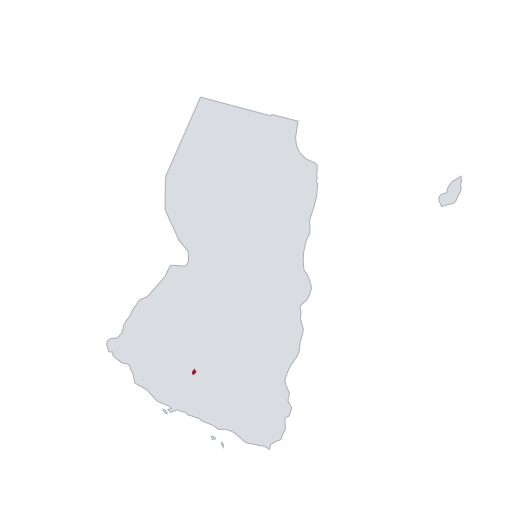 As Sab'in, Amanat Al Asimah, Yemen (highlighted), rotated 304°
{"feature_id": "15242507B25672196618476", "entity_name": "As Sab'in", "entity_type": "district", "adm_level": 2, "iso_a3": "YEM", "parent_name": "Yemen", "parent_adm1": "Amanat Al Asimah", "projection": "equal_earth", "projection_center": [44.204, 15.306], "detail": "fine", "context": "in_parent", "style": "filled", "palette": "rose", "viewbox_px": 512, "rotation_deg": 304, "n_neighbors": 0, "source": "geoboundaries", "source_scale": "gbopen_adm2", "svg_char_len": 3604}
<svg xmlns="http://www.w3.org/2000/svg" viewBox="0 0 512 512"><g transform="rotate(304 256 256)"><path d="M391.3,215.4L376.3,222.6L372.4,225.8L368.8,229.7L366.1,234.7L364.4,243.3L365.9,251.3L365.8,255.5L362.0,258.3L358.3,260.3L354.3,263.4L351.9,264.2L349.9,266.7L347.6,268.4L339.1,272.9L329.9,276.3L315.3,280.5L309.7,285.0L304.5,288.0L296.7,289.0L286.0,293.3L280.0,296.7L272.6,302.3L271.0,304.0L269.7,308.1L267.4,311.7L263.0,317.5L259.6,320.5L257.4,320.7L253.0,322.3L247.9,322.6L239.2,320.6L237.0,322.0L235.1,324.3L228.5,328.3L221.7,336.3L216.7,338.4L208.7,340.9L203.1,344.2L199.3,345.6L194.4,346.3L185.4,345.9L176.8,347.1L168.9,349.4L165.2,353.7L161.0,360.4L154.0,363.2L152.4,365.7L150.2,370.6L145.7,371.9L141.7,372.8L137.5,370.6L129.7,376.6L126.7,377.6L122.2,377.9L119.0,379.1L116.7,378.8L113.9,376.4L107.8,373.5L103.3,375.4L103.0,369.7L95.6,352.3L97.2,337.2L97.2,335.0L95.7,328.3L91.4,322.1L91.5,314.3L90.1,308.7L88.9,302.9L89.3,301.4L89.4,300.0L87.2,291.2L86.4,289.4L86.1,287.6L86.9,286.1L86.9,284.5L85.7,281.8L84.4,276.6L78.5,272.6L79.7,268.8L80.9,270.1L82.4,271.3L82.8,268.8L82.8,267.0L80.3,255.5L84.0,240.3L82.9,226.6L88.5,221.0L89.9,219.4L90.7,217.9L92.1,214.8L93.9,213.8L94.5,210.5L94.5,208.8L93.3,207.4L92.4,203.6L92.7,198.8L93.0,196.7L93.6,193.0L95.6,191.6L96.1,190.5L94.5,188.2L94.7,186.8L98.0,182.9L99.3,181.7L101.5,180.5L103.2,180.5L105.1,181.2L106.9,182.3L108.5,184.3L110.3,186.6L113.0,187.4L114.9,187.2L116.4,188.2L117.7,187.7L119.1,186.5L121.5,186.6L123.6,185.2L129.5,184.6L135.3,185.0L141.2,183.9L147.2,184.0L153.3,184.1L154.6,184.2L155.9,184.9L161.0,188.4L164.9,189.1L172.6,190.1L180.9,191.1L188.1,192.0L194.1,191.1L199.2,190.5L200.6,190.6L202.1,192.7L205.2,198.1L208.0,203.1L213.1,203.4L216.3,201.5L219.8,198.8L222.0,196.8L224.4,188.5L226.0,183.2L229.7,177.3L232.8,172.3L236.8,165.6L239.1,162.0L243.5,154.8L247.8,151.9L256.0,146.5L264.1,141.2L269.3,137.7L273.8,136.1L281.3,134.8L290.2,133.2L299.0,131.6L308.4,129.9L318.9,128.0L326.1,126.7L335.3,125.0L342.9,123.6L349.7,122.4L356.6,121.1L358.0,125.1L359.4,129.1L360.8,133.1L362.2,137.1L363.6,141.1L365.0,145.1L366.3,149.1L367.7,153.2L369.1,157.2L370.5,161.2L371.9,165.2L373.3,169.2L374.7,173.2L376.1,177.2L377.4,181.2L378.8,185.3L380.2,189.2L382.4,190.5L383.7,194.2L385.6,199.5L387.5,204.8L389.4,210.1L391.3,215.4ZM414.1,377.9L416.0,378.4L418.8,377.0L426.9,376.8L436.8,381.4L434.9,382.5L433.9,384.2L429.6,385.7L425.3,389.2L412.9,390.9L409.3,389.9L406.2,386.5L400.6,382.1L402.8,379.4L403.2,378.1L404.0,376.8L407.2,374.7L410.3,375.1L414.1,377.9ZM82.3,323.7L81.9,324.6L81.3,324.4L79.5,322.2L81.5,319.8L82.6,322.0L82.3,323.7ZM76.5,269.7L75.5,270.6L75.2,269.1L75.9,265.5L76.8,264.5L77.5,267.1L77.1,268.6L76.5,269.7ZM81.3,334.5L79.3,335.8L80.7,332.6L82.1,331.9L82.5,332.0L81.3,334.5Z" fill="#d9dde1" stroke="#a8b0b8" stroke-width="1"/><path d="M125.2,268.4L125.2,268.5L124.9,268.5L124.9,268.8L124.9,269.0L124.7,269.0L124.7,268.9L124.5,268.7L124.4,268.7L124.3,268.8L124.2,268.9L124.1,269.0L124.0,269.3L123.9,269.4L123.8,269.2L123.7,269.2L123.6,269.4L123.4,269.2L123.3,269.3L123.4,269.5L123.2,269.7L123.1,269.8L123.1,270.1L123.4,270.1L123.5,270.1L123.7,270.3L123.8,270.4L124.0,270.4L124.0,270.2L124.3,270.1L124.5,270.1L124.8,270.2L124.9,270.3L125.0,270.3L125.1,270.5L125.3,270.6L125.5,270.8L125.8,270.9L126.0,270.8L126.0,270.7L126.2,270.4L126.1,270.2L126.0,269.9L126.2,269.7L126.3,269.7L126.4,269.8L126.5,269.9L126.6,269.7L126.6,269.4L126.6,269.2L126.7,268.9L126.8,268.8L126.9,268.7L125.8,268.6L125.7,268.5L125.8,268.6L125.7,268.6L125.6,268.4L125.4,268.4L125.2,268.4L125.2,268.4Z" fill="#f43f5e" stroke="#9f1239" stroke-width="1.5"/></g></svg>